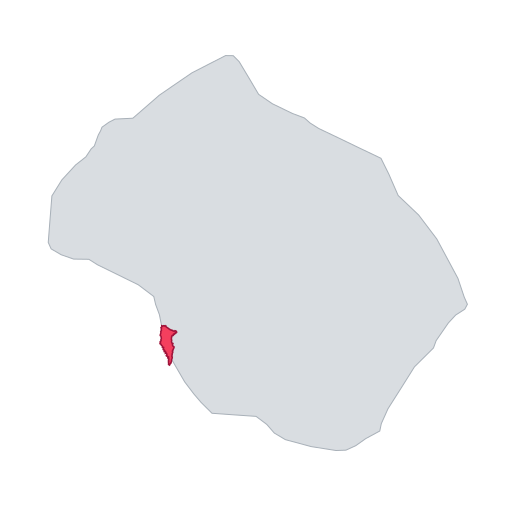 Qacha's Nek, Qacha's Nek, Lesotho shown in context, rotated 84°
{"feature_id": "5366337B29714874400852", "entity_name": "Qacha's Nek", "entity_type": "district", "adm_level": 2, "iso_a3": "LSO", "parent_name": "Lesotho", "parent_adm1": "Qacha's Nek", "projection": "mercator", "projection_center": [28.688, -30.097], "detail": "fine", "context": "in_parent", "style": "filled", "palette": "rose", "viewbox_px": 512, "rotation_deg": 84, "n_neighbors": 0, "source": "geoboundaries", "source_scale": "gbopen_adm2", "svg_char_len": 5480}
<svg xmlns="http://www.w3.org/2000/svg" viewBox="0 0 512 512"><g transform="rotate(84 256 256)"><path d="M345.3,352.8L329.7,357.7L327.5,358.1L317.5,357.0L304.2,358.2L293.7,360.9L285.6,361.9L272.3,376.1L248.2,414.5L241.8,422.6L240.0,437.7L234.4,449.6L227.5,459.0L220.8,461.2L200.7,457.5L174.9,452.7L160.0,441.1L146.6,425.9L139.6,414.8L132.2,408.7L129.7,405.3L119.2,400.2L115.3,397.5L111.8,395.7L107.6,388.3L105.1,381.9L106.1,364.1L98.7,353.5L86.0,335.4L78.0,320.7L67.1,300.5L60.4,283.2L53.5,265.3L54.4,257.7L61.0,252.4L80.4,243.4L95.5,236.5L106.3,223.8L118.1,204.8L123.8,193.4L129.5,188.2L135.8,180.2L146.7,162.4L158.9,142.7L171.9,121.5L188.3,115.4L210.7,108.3L232.3,89.9L258.0,74.4L299.4,57.5L318.7,53.2L326.1,50.8L330.7,53.9L335.6,63.6L342.7,71.7L359.0,85.7L366.0,89.1L382.8,110.0L400.9,124.2L421.7,140.7L435.8,148.9L443.0,151.2L449.0,165.8L455.1,176.7L458.5,186.9L457.8,196.8L451.3,221.1L441.7,246.0L434.0,256.3L424.6,262.9L415.5,272.7L412.0,292.7L407.8,316.2L395.9,325.9L386.6,332.3L373.7,340.1L345.3,352.8Z" fill="#d9dde1" stroke="#a8b0b8" stroke-width="1"/><path d="M315.5,357.0L316.1,357.0L316.4,357.1L316.7,357.3L317.1,357.8L317.3,358.0L317.8,357.7L318.1,357.6L318.3,357.8L318.5,357.7L318.9,357.9L319.2,357.9L319.3,357.9L319.7,357.9L320.1,357.8L320.4,358.1L320.6,358.2L320.6,358.3L320.9,358.4L321.1,358.6L321.3,358.7L321.7,358.6L322.0,358.6L322.5,358.7L323.0,358.9L323.3,358.9L324.0,359.3L324.8,359.6L325.1,359.5L325.1,359.4L325.5,359.1L325.8,359.0L326.0,358.9L326.4,358.8L326.5,358.8L326.8,358.9L327.0,358.9L327.3,358.8L327.5,358.7L328.2,358.8L328.4,358.8L328.5,358.9L328.9,359.2L329.2,359.3L329.6,359.3L330.1,359.2L330.3,359.2L330.4,359.3L330.5,359.6L330.9,359.8L331.0,360.0L331.1,359.9L331.4,359.9L331.6,359.9L331.8,360.1L332.0,360.3L332.2,360.2L332.6,360.5L332.7,360.4L332.9,360.5L333.1,360.6L333.4,360.5L333.5,360.1L333.6,359.9L333.9,359.8L334.0,359.6L334.4,359.7L334.5,359.6L334.8,359.3L335.2,359.2L335.3,359.1L335.4,358.9L335.6,358.7L336.4,358.3L336.6,358.4L336.8,358.5L336.8,358.4L337.0,358.3L337.2,358.2L337.4,357.5L337.4,357.4L337.5,357.4L338.1,357.7L338.2,357.8L338.4,357.8L338.6,358.0L338.8,358.1L338.9,357.9L339.0,357.8L339.5,357.9L339.7,357.7L339.8,357.6L339.8,357.3L339.8,357.2L340.0,356.9L340.4,356.7L340.5,356.7L340.8,357.1L341.1,357.2L341.0,356.8L341.0,356.7L341.3,356.4L341.7,356.5L341.7,356.4L341.8,356.2L342.0,356.2L342.3,356.2L342.3,355.7L342.5,355.7L342.9,355.6L343.0,355.6L343.3,355.9L343.3,355.7L343.4,355.4L343.6,355.3L343.7,355.1L343.9,355.2L344.0,355.1L344.7,355.0L344.8,354.9L345.0,354.9L345.2,355.0L345.3,355.2L345.3,355.3L345.5,355.5L345.8,355.7L346.2,355.3L346.1,355.1L346.1,354.8L346.4,354.6L346.5,354.5L346.6,354.4L346.8,354.3L347.0,354.3L347.3,354.3L347.1,354.1L347.1,353.9L347.5,353.9L347.4,353.8L347.5,353.7L347.6,353.8L347.6,353.7L347.8,353.8L348.0,353.7L348.4,353.6L348.5,353.6L348.9,353.5L349.2,353.5L349.3,353.6L349.6,353.5L349.8,353.6L350.0,353.7L350.0,353.8L350.3,353.9L350.5,353.8L350.9,354.0L351.0,354.0L351.4,353.9L351.7,353.9L352.1,353.9L352.2,354.0L352.3,354.2L352.6,354.1L352.8,354.1L353.0,354.1L353.5,354.1L353.8,354.2L354.1,354.2L354.4,354.3L354.5,354.3L354.8,354.3L354.9,354.1L355.0,353.9L355.3,353.6L355.5,353.4L355.3,353.2L355.0,353.1L354.8,353.0L354.4,352.7L354.1,352.4L353.9,352.1L353.5,352.0L353.5,351.9L353.4,351.9L353.3,351.7L353.2,351.6L352.6,351.4L352.3,351.2L352.2,351.2L351.4,351.0L350.5,350.8L350.1,350.8L350.0,350.7L349.4,350.3L349.2,350.2L347.7,349.8L347.3,350.2L346.8,350.1L346.6,350.1L346.4,350.1L345.9,349.8L345.5,349.7L345.4,349.8L345.0,349.6L344.6,349.7L344.4,349.6L344.0,349.3L343.8,349.2L343.2,349.0L343.2,348.9L342.9,348.8L342.7,348.9L342.4,349.0L342.0,349.1L341.9,349.0L341.8,348.8L341.7,348.8L341.6,348.7L341.3,348.6L341.1,348.7L340.9,348.4L340.7,348.3L340.4,348.3L340.1,348.0L339.8,347.9L339.5,347.6L338.8,347.3L338.4,347.1L338.1,347.0L337.6,347.1L337.5,347.4L337.4,347.6L337.2,347.7L337.0,347.8L336.8,348.0L336.7,348.2L336.5,348.3L336.3,348.3L336.0,348.2L335.9,348.3L335.7,348.4L335.3,348.4L335.0,348.3L334.9,348.1L334.4,347.7L334.2,347.8L334.1,348.0L334.0,348.5L333.9,348.6L333.6,348.8L332.5,349.0L331.6,348.8L331.0,348.6L330.7,348.6L330.4,348.7L330.1,348.9L329.8,348.9L329.4,348.7L329.0,348.7L328.8,348.7L328.5,348.6L328.2,348.4L327.8,348.5L327.7,348.4L327.4,348.2L327.1,348.2L326.9,348.0L326.4,347.8L326.3,347.6L326.4,347.3L326.5,347.3L326.5,347.2L326.3,347.1L326.3,346.8L326.3,346.7L326.2,346.7L325.7,346.5L325.3,346.3L325.1,346.2L325.2,345.9L325.5,345.7L325.4,345.5L325.3,345.4L324.9,345.2L325.0,345.0L325.0,344.9L324.9,344.8L324.8,344.7L324.7,344.7L324.6,344.9L324.4,344.8L324.5,344.4L324.4,344.2L324.3,343.8L324.3,343.7L324.0,343.6L323.8,343.6L323.5,343.7L323.4,343.6L323.4,343.3L323.4,342.9L322.7,343.0L322.4,343.3L322.1,343.6L321.9,344.2L321.8,344.4L321.9,344.5L322.0,344.7L322.0,344.8L322.3,345.1L322.3,345.4L322.3,345.5L322.2,345.7L322.0,345.9L321.8,346.2L321.8,346.3L321.7,346.3L321.4,346.5L321.2,347.1L321.0,347.3L321.0,347.7L320.9,347.7L320.8,347.9L320.7,348.0L320.7,348.3L320.4,348.9L320.4,349.0L320.0,349.4L319.7,349.5L319.5,349.9L319.3,350.4L319.1,350.5L318.7,350.8L318.5,351.0L318.4,351.3L318.1,351.5L317.9,351.8L317.6,352.2L317.4,352.4L317.2,352.7L316.8,352.8L316.4,352.9L316.2,352.9L316.1,353.3L316.2,353.6L315.9,353.7L316.0,353.9L315.9,354.0L316.0,354.2L315.9,354.3L315.7,354.8L315.7,355.1L315.8,355.4L315.7,355.5L315.8,355.7L315.9,355.9L316.0,356.0L315.8,356.1L315.8,356.3L315.7,356.5L315.6,356.8L315.5,357.0Z" fill="#f43f5e" stroke="#9f1239" stroke-width="1.5"/></g></svg>